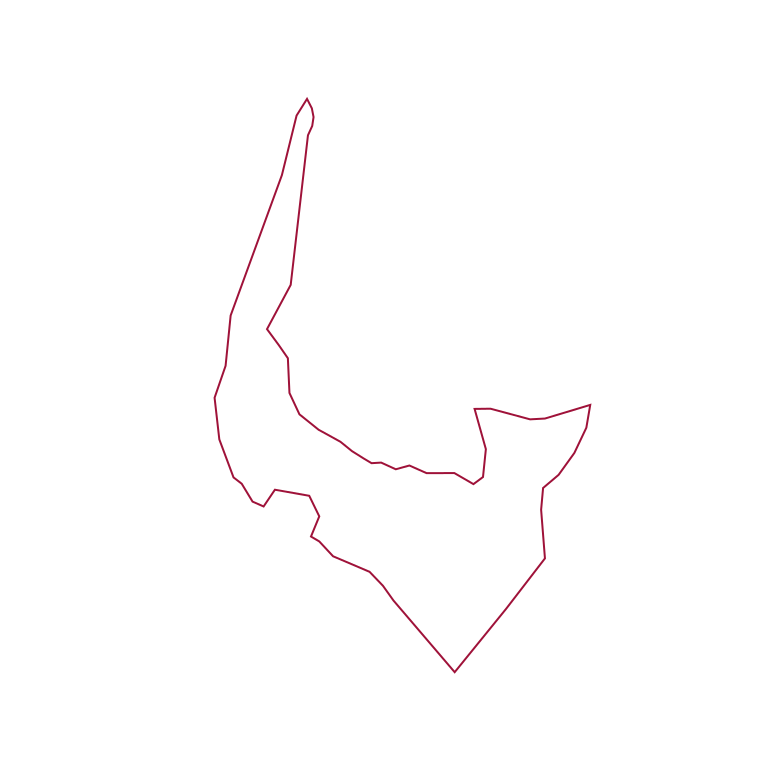 West Grand Bahama, orthographic projection, rotated 64°
{"feature_id": "BHS-5011", "entity_name": "West Grand Bahama", "entity_type": "District", "adm_level": 1, "iso_a3": "BHS", "parent_name": "The Bahamas", "parent_adm1": "", "projection": "orthographic", "projection_center": [-78.67, 26.651], "detail": "fine", "context": "isolated", "style": "outline", "palette": "rose", "viewbox_px": 768, "rotation_deg": 64, "n_neighbors": 0, "source": "natural_earth", "source_scale": "10m", "svg_char_len": 848}
<svg xmlns="http://www.w3.org/2000/svg" viewBox="0 0 768 768"><g transform="rotate(64 384 384)"><path d="M674.0,446.8L582.8,470.4L564.9,473.4L546.5,479.3L516.5,505.3L497.1,511.2L489.1,516.5L474.6,500.2L451.7,500.2L431.2,528.4L441.3,545.9L432.1,553.7L411.3,555.6L402.0,560.2L361.6,556.3L322.1,542.3L298.2,518.4L255.2,491.8L151.5,384.2L104.4,344.9L94.0,328.2L104.6,328.0L113.2,330.3L120.6,335.4L127.1,343.3L254.0,424.4L283.4,465.1L303.0,461.5L318.7,459.1L350.6,472.9L374.2,473.3L396.5,462.8L416.8,448.5L430.3,442.2L441.9,435.0L449.7,429.9L453.4,421.0L465.8,410.8L468.4,396.9L482.8,384.8L494.9,359.8L513.2,347.5L511.0,335.8L487.2,321.0L446.1,313.5L452.9,299.1L479.8,268.2L485.6,254.5L493.2,207.8L512.0,221.3L529.4,243.1L542.2,266.9L547.2,286.6L565.9,297.9L611.3,315.8L639.6,372.8L674.0,446.8Z" fill="none" stroke="#9f1239" stroke-width="2"/></g></svg>